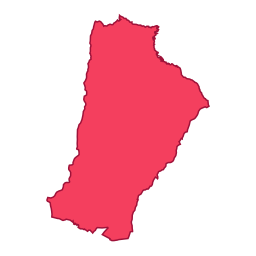 the district of Tabio, Cundinamarca, Colombia
{"feature_id": "7082276B43625125336018", "entity_name": "Tabio", "entity_type": "district", "adm_level": 2, "iso_a3": "COL", "parent_name": "Colombia", "parent_adm1": "Cundinamarca", "projection": "natural_earth1", "projection_center": [-74.079, 4.952], "detail": "fine", "context": "isolated", "style": "filled", "palette": "rose", "viewbox_px": 256, "rotation_deg": 0, "n_neighbors": 0, "source": "geoboundaries", "source_scale": "gbopen_adm2", "svg_char_len": 5687}
<svg xmlns="http://www.w3.org/2000/svg" viewBox="0 0 256 256"><path d="M51.8,217.0L57.8,218.5L59.3,218.6L62.4,220.2L63.0,220.4L65.6,219.7L66.1,219.2L70.1,220.1L72.4,221.8L73.0,221.0L73.2,221.7L73.2,222.5L73.8,223.0L73.7,224.0L74.7,224.4L74.8,224.0L75.1,224.1L75.3,223.5L76.0,224.0L76.9,225.2L77.6,224.5L78.4,224.9L78.4,225.6L78.7,226.0L78.1,227.3L79.0,228.0L79.8,228.3L80.2,228.8L82.7,228.9L84.0,229.6L84.5,229.1L87.6,231.3L88.7,230.2L90.2,230.2L91.5,231.8L92.2,232.3L92.7,233.0L94.1,231.2L95.4,230.3L95.7,229.4L97.2,227.6L102.1,227.9L107.7,227.4L108.0,228.0L104.5,231.7L102.3,234.6L110.0,238.7L109.9,239.6L111.9,240.6L113.8,240.6L117.5,240.0L118.7,239.6L128.0,238.5L128.2,237.9L128.7,236.9L130.3,231.9L130.9,231.6L132.5,231.6L132.6,231.3L132.2,228.2L132.1,225.6L131.5,223.6L131.3,221.9L132.1,219.4L132.3,215.1L133.4,211.9L134.8,210.3L135.4,207.3L136.8,204.9L136.7,204.2L137.1,202.0L138.1,199.8L136.7,199.1L137.2,199.2L137.9,198.5L138.0,197.5L138.5,195.5L141.0,194.0L143.0,190.5L144.0,190.0L145.3,189.9L146.7,189.0L148.1,189.1L148.5,188.3L149.2,187.9L150.1,186.2L150.9,186.2L151.5,185.9L152.3,184.5L152.7,182.2L153.6,179.9L155.4,177.1L156.8,177.9L157.5,178.8L157.7,178.6L157.8,176.8L157.3,175.5L157.2,174.7L157.4,173.9L157.9,173.3L158.5,171.8L159.3,171.3L160.5,171.0L162.2,169.8L163.0,169.8L163.5,169.4L164.3,168.0L165.7,166.5L165.9,165.7L166.0,164.1L166.3,163.5L167.9,162.7L169.1,162.5L170.0,162.6L171.3,162.2L172.3,161.6L173.2,160.8L173.9,159.3L174.1,158.2L175.8,155.6L176.4,152.7L176.2,150.4L176.7,148.8L177.0,146.5L178.0,145.5L179.4,144.6L180.3,144.3L179.1,141.6L179.5,141.4L181.3,138.5L182.2,139.0L182.3,137.9L183.2,136.1L183.9,133.8L184.2,133.3L185.5,132.1L187.0,131.9L187.3,131.4L187.4,130.8L187.4,130.1L189.3,124.8L190.1,121.1L190.8,120.6L191.1,120.2L194.3,118.8L195.4,117.8L197.2,115.2L197.9,113.7L198.6,111.2L200.0,109.2L201.3,108.4L205.2,106.8L206.4,107.5L206.9,107.5L209.0,106.2L208.3,104.6L207.9,100.6L206.9,100.3L205.9,99.6L205.5,98.8L204.4,98.3L203.6,97.3L202.4,95.0L201.9,94.7L201.7,93.3L201.5,92.8L200.9,92.5L200.4,91.2L200.0,91.0L199.7,90.2L199.8,89.5L199.4,89.2L199.4,88.7L199.0,88.0L199.1,87.2L199.0,86.8L197.4,83.8L196.2,82.8L194.8,82.3L194.8,82.1L191.9,79.9L190.8,79.8L189.9,79.1L186.9,78.7L185.0,77.2L183.6,77.3L181.4,74.7L181.3,73.1L180.7,70.0L180.1,68.2L178.7,67.2L177.8,67.2L177.8,66.5L177.3,66.3L176.7,65.6L176.4,65.7L176.8,66.5L176.0,66.6L175.2,65.8L173.9,65.5L172.5,64.0L171.8,63.8L170.9,64.7L170.2,64.7L169.8,64.5L169.4,63.8L168.7,63.5L168.8,63.8L168.1,64.1L167.2,63.6L166.6,63.8L166.1,62.3L165.3,62.5L164.8,61.7L163.4,61.5L163.3,60.1L162.6,60.9L162.3,60.9L162.2,60.5L161.9,60.6L161.8,61.1L161.3,60.8L161.1,60.9L161.1,60.4L161.3,60.2L161.8,60.2L162.0,59.5L162.4,58.8L162.3,58.2L161.9,58.2L161.9,58.8L161.3,58.8L161.1,59.5L160.8,59.5L160.3,59.1L160.7,58.6L160.7,58.0L161.3,57.9L161.5,57.7L161.3,57.1L160.1,56.5L160.0,57.4L159.7,57.7L158.9,57.8L158.1,57.5L157.5,56.8L157.4,55.7L158.0,55.6L156.8,55.1L156.5,54.6L156.5,53.4L157.2,52.4L157.6,52.8L157.7,53.5L158.2,52.7L157.8,52.2L157.3,52.1L156.1,51.4L155.4,50.4L154.8,50.2L154.5,49.8L154.5,48.4L154.0,47.7L153.9,47.0L154.1,45.9L153.6,45.3L153.7,44.9L154.5,44.2L153.9,43.7L153.8,43.3L154.0,42.5L154.4,42.0L154.3,40.7L153.3,39.8L153.1,38.7L152.8,37.9L153.0,37.1L153.4,37.0L153.6,38.1L154.3,38.9L154.8,39.1L155.1,38.6L154.4,37.2L154.4,35.9L155.8,35.0L155.7,34.5L156.1,34.0L156.9,33.6L156.6,33.5L155.8,33.9L155.2,33.6L154.7,32.4L154.9,31.8L155.7,31.7L156.1,32.2L156.4,31.2L156.6,30.9L157.3,31.1L157.4,31.3L157.6,31.5L158.4,29.9L158.5,29.7L157.8,29.5L157.6,29.1L156.9,28.8L156.7,28.0L157.1,27.5L158.2,27.8L158.7,26.9L157.0,25.7L156.2,25.8L156.0,26.2L155.3,26.1L153.7,26.8L152.5,26.6L152.0,26.8L151.5,27.6L150.9,27.3L150.5,27.6L149.9,27.3L149.0,27.3L148.7,26.9L148.7,26.4L148.4,26.3L146.7,26.3L145.3,27.2L144.0,26.1L143.4,25.9L142.4,26.2L142.0,25.9L141.2,25.8L140.8,25.1L138.5,25.2L136.4,24.4L133.2,24.2L132.4,23.9L132.0,23.5L131.9,22.0L130.6,22.4L130.2,22.0L129.6,22.0L129.2,21.1L128.3,20.3L127.1,20.1L126.8,19.4L126.2,19.0L125.9,18.4L124.1,18.4L123.1,17.3L120.4,16.1L119.6,15.4L119.6,16.0L119.4,16.6L119.7,18.0L119.3,17.9L119.3,18.9L119.6,19.3L120.6,19.6L119.1,20.9L118.4,20.9L117.5,20.0L116.2,21.7L115.6,21.9L115.0,22.6L114.0,23.0L112.9,24.6L111.7,24.7L110.0,24.2L107.8,25.2L107.1,25.9L106.4,26.0L104.6,25.7L103.8,26.2L102.8,24.1L100.7,21.7L99.3,21.1L97.4,21.9L96.8,21.9L95.6,21.2L95.3,21.4L94.7,22.7L94.0,25.5L93.7,26.4L93.6,27.2L93.2,29.1L92.2,30.4L91.6,33.8L90.5,35.8L90.3,41.0L89.9,43.2L90.9,45.1L90.8,46.6L90.4,47.5L90.4,51.3L89.9,53.3L90.4,53.7L90.4,54.4L91.0,56.1L91.0,56.8L90.8,57.8L91.0,59.2L89.5,60.3L88.8,62.4L88.0,63.5L88.1,64.5L88.4,65.1L88.5,67.5L87.9,69.4L87.9,71.0L87.3,71.8L86.5,74.0L86.6,77.2L86.4,78.4L85.3,80.9L83.9,82.9L84.0,83.6L84.6,85.1L85.3,87.5L85.0,89.8L86.3,90.7L86.7,92.0L86.6,94.9L85.0,95.9L84.3,96.2L83.8,99.2L83.9,99.9L84.4,101.2L85.5,102.8L85.8,103.8L85.8,104.6L85.6,105.4L84.6,106.8L84.8,108.9L83.3,111.6L83.2,113.3L83.0,114.1L83.0,114.9L82.0,119.5L80.7,122.8L80.2,123.5L79.1,124.6L78.2,127.9L77.5,129.6L77.3,136.8L77.4,139.5L77.2,143.6L77.4,146.7L76.7,148.8L77.0,149.3L78.4,149.6L78.6,150.0L79.0,151.7L79.1,154.5L78.4,155.4L75.4,157.6L74.3,159.0L73.0,162.6L73.1,163.7L72.8,164.4L72.4,164.7L71.5,165.0L69.4,165.2L69.1,165.8L68.7,168.1L68.8,169.5L69.4,170.4L70.2,171.4L70.7,172.5L70.6,175.9L69.2,178.4L69.1,179.1L69.1,180.0L69.6,181.5L69.5,182.1L69.3,182.3L68.4,182.5L66.1,182.5L64.9,183.0L63.5,184.6L63.3,187.0L62.3,189.7L61.1,190.3L58.7,191.1L56.7,192.2L55.8,193.5L54.7,195.8L53.2,197.1L50.9,198.0L47.8,197.5L47.0,199.8L47.0,200.5L47.5,201.2L49.6,202.2L50.2,202.8L50.6,205.9L51.3,208.6L51.7,211.3L52.0,214.3L51.8,217.0Z" fill="#f43f5e" stroke="#9f1239" stroke-width="1.5"/></svg>